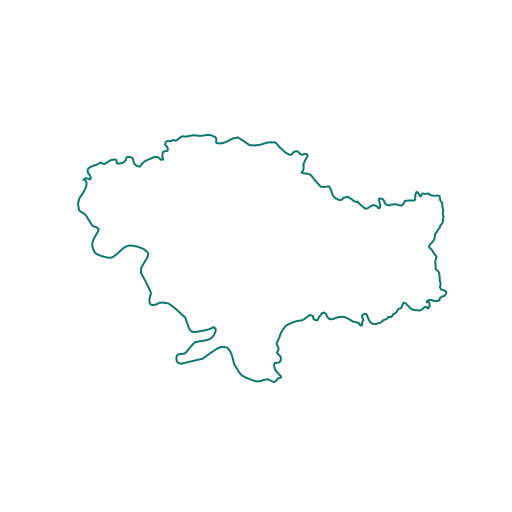 outline of Mashaleng, Mohale's Hoek, Lesotho, rotated 114°
{"feature_id": "5366337B32794114479913", "entity_name": "Mashaleng", "entity_type": "district", "adm_level": 2, "iso_a3": "LSO", "parent_name": "Lesotho", "parent_adm1": "Mohale's Hoek", "projection": "robinson", "projection_center": [27.391, -30.076], "detail": "fine", "context": "isolated", "style": "outline", "palette": "teal", "viewbox_px": 512, "rotation_deg": 114, "n_neighbors": 0, "source": "geoboundaries", "source_scale": "gbopen_adm2", "svg_char_len": 6119}
<svg xmlns="http://www.w3.org/2000/svg" viewBox="0 0 512 512"><g transform="rotate(114 256 256)"><path d="M222.1,70.5L219.5,70.8L217.5,69.5L215.8,67.6L212.6,67.0L211.0,68.0L211.0,70.7L211.3,73.2L209.7,75.3L207.2,75.8L205.5,76.4L204.1,77.9L199.0,80.5L196.6,82.1L195.4,84.5L194.8,86.7L191.6,88.0L188.4,90.0L183.3,90.7L180.7,95.3L178.9,97.8L177.6,101.4L175.4,102.0L173.1,101.0L169.4,100.0L167.6,100.0L162.8,101.4L161.2,100.6L159.4,100.6L155.0,99.7L153.3,100.0L151.8,99.5L149.4,99.1L143.9,100.7L140.7,103.0L138.5,103.3L134.3,106.3L131.8,107.4L131.4,108.6L130.3,110.2L126.6,112.7L126.9,114.7L128.2,116.9L129.3,120.8L129.4,122.2L128.8,123.7L128.9,124.3L130.3,125.8L130.8,128.4L131.2,129.2L132.2,129.7L134.4,129.7L134.7,130.1L134.6,130.7L132.8,132.7L132.0,134.8L132.6,135.5L135.1,135.2L135.5,135.4L135.9,135.0L139.9,133.6L140.3,133.7L140.7,133.9L141.3,134.7L142.1,136.8L143.5,139.7L145.0,142.0L145.7,142.5L146.4,142.3L149.1,142.7L149.9,142.9L150.5,143.3L151.1,144.8L151.8,148.1L151.7,148.7L151.8,149.4L154.4,153.8L155.3,154.5L155.7,155.3L156.0,156.9L155.5,159.7L154.7,160.6L154.1,160.7L153.2,161.9L152.7,163.0L152.6,164.2L152.8,165.4L153.3,166.6L153.5,166.9L154.3,166.8L154.7,166.6L158.9,163.1L161.5,162.5L162.2,162.8L162.5,163.9L161.9,164.6L161.4,166.0L161.6,169.1L161.8,169.7L163.6,171.2L166.8,173.3L168.1,174.9L168.2,176.1L167.5,178.6L165.9,183.8L165.2,184.5L165.0,185.3L165.6,185.8L165.9,186.5L165.9,187.4L165.8,189.8L165.0,192.7L165.0,194.3L164.5,195.2L164.6,196.2L165.0,196.3L165.3,197.0L167.3,199.9L169.3,200.3L169.8,200.6L170.9,202.5L170.9,206.7L170.1,209.3L169.6,210.1L166.8,213.0L164.9,214.5L164.8,215.0L164.5,215.4L163.1,216.7L162.9,217.5L163.1,218.3L165.2,221.8L165.7,222.9L166.1,224.1L166.2,225.1L165.9,226.1L164.0,230.5L162.9,232.9L160.4,237.4L159.6,239.4L159.7,241.9L161.3,246.8L161.2,248.2L158.5,247.7L155.8,248.5L153.0,250.0L147.6,250.0L144.4,249.6L142.7,250.0L142.4,251.0L142.7,252.4L143.5,253.6L144.5,254.6L144.9,255.9L144.7,257.3L143.9,258.9L143.6,260.6L144.1,262.2L145.4,263.6L149.0,264.9L149.9,266.6L149.6,270.9L147.0,278.9L144.6,283.5L144.6,285.2L147.4,291.3L152.9,297.8L155.3,301.7L157.4,307.0L156.1,313.5L155.0,320.7L158.1,325.0L163.0,328.9L166.1,331.9L168.1,335.2L168.8,338.0L168.0,338.9L165.4,339.7L164.6,340.3L163.9,341.8L164.0,346.6L165.5,350.3L167.0,352.3L169.2,356.3L170.4,360.3L171.6,363.1L175.6,368.8L176.3,371.4L176.9,372.2L177.5,372.4L178.7,373.6L182.7,375.5L183.2,376.1L183.5,376.6L183.5,378.4L183.8,379.0L185.7,380.3L186.7,383.2L187.4,384.1L189.0,384.9L190.5,384.3L191.2,384.3L191.7,383.8L191.9,382.7L192.5,381.6L193.8,380.3L195.4,379.6L196.2,380.0L197.1,381.7L198.9,383.2L200.1,383.1L201.3,382.8L203.8,381.7L204.5,381.1L204.9,380.6L205.4,380.3L206.1,380.6L206.2,381.3L206.7,382.1L205.6,386.0L206.8,389.0L213.9,395.6L218.1,397.8L221.3,398.2L222.0,399.8L222.0,402.7L220.9,405.3L217.5,407.6L217.0,408.7L216.7,410.0L217.0,411.9L217.4,412.9L218.4,414.3L221.3,414.1L222.8,414.5L224.8,415.4L226.3,417.1L227.9,420.2L227.9,420.8L226.0,422.0L225.2,422.7L225.2,423.9L225.9,425.3L227.2,427.3L230.3,429.7L232.9,431.2L233.6,431.9L233.9,432.7L233.8,435.7L234.3,436.5L237.5,438.7L240.4,442.1L243.0,444.2L245.8,445.0L248.5,443.1L249.8,440.8L251.8,438.5L253.6,439.1L253.8,442.1L254.7,443.7L256.4,444.4L256.3,443.3L256.6,442.2L257.7,440.8L260.9,439.5L264.3,439.3L267.7,439.6L275.4,440.8L279.7,440.1L281.6,439.3L284.9,437.2L286.2,436.0L286.8,434.2L287.1,431.5L287.9,428.1L294.7,418.3L295.0,415.7L294.7,412.4L295.6,410.5L298.4,410.3L304.7,411.1L308.1,411.1L310.7,410.7L312.0,410.3L314.3,409.0L316.9,406.6L318.2,404.7L318.7,403.5L319.0,402.1L319.0,398.6L318.6,394.9L318.1,392.3L317.4,389.6L316.4,387.6L314.9,386.2L311.2,384.1L302.9,380.4L300.3,378.6L298.3,376.5L297.0,373.7L295.6,367.7L295.3,361.6L296.4,357.3L297.5,355.7L299.3,354.8L300.9,354.7L313.1,356.0L315.6,355.5L318.3,354.2L324.3,346.3L330.8,338.5L332.2,337.2L334.1,336.5L337.8,336.0L341.6,334.6L343.1,332.8L342.9,330.6L341.8,328.6L339.9,326.6L338.1,325.3L336.3,321.8L334.9,316.4L336.8,308.4L341.0,295.6L348.7,288.4L350.3,286.5L351.1,284.3L350.9,282.5L350.2,280.7L346.5,274.8L342.5,269.6L339.9,267.1L338.9,266.4L338.2,265.4L338.9,263.6L340.5,262.4L345.1,262.2L347.9,262.9L350.7,264.4L353.9,268.2L356.6,272.6L359.6,276.6L363.7,278.3L372.9,280.8L374.4,281.9L375.4,283.4L376.6,285.8L377.8,287.1L379.5,287.8L381.6,287.2L383.3,286.3L384.8,285.1L385.4,283.0L384.8,280.5L371.6,263.1L363.1,258.1L355.3,253.1L353.5,251.0L352.2,248.7L351.7,246.7L351.6,244.6L353.1,241.3L356.8,237.4L364.0,231.7L369.6,223.2L370.9,220.2L371.2,216.1L371.0,210.3L370.8,207.2L370.2,204.4L369.3,202.2L368.1,200.6L366.5,199.0L363.9,195.3L363.8,193.0L364.0,188.3L361.6,186.6L359.5,186.6L357.4,184.2L356.6,183.8L355.7,184.4L355.0,186.5L353.1,190.5L351.8,192.5L350.2,193.9L348.4,195.1L347.0,195.3L345.7,195.0L345.2,193.6L344.2,191.9L343.0,191.2L342.0,191.0L340.3,191.3L338.1,192.5L337.3,193.8L336.4,196.9L335.6,197.5L334.1,197.4L331.8,197.5L330.6,198.4L329.5,199.5L328.9,200.6L327.3,201.5L325.7,201.7L320.6,201.5L317.7,201.9L313.9,201.8L307.9,200.4L305.9,199.2L301.0,194.8L298.1,191.1L296.2,188.0L294.2,186.3L288.0,183.0L287.7,179.4L288.0,179.0L289.9,178.2L290.4,176.8L290.1,174.3L289.2,173.5L285.6,173.7L284.3,172.9L282.1,172.8L281.0,172.2L279.9,170.6L280.6,168.1L282.3,166.8L283.8,163.2L282.7,160.5L278.4,156.0L276.6,152.9L275.8,150.5L275.8,145.3L276.5,140.7L275.8,138.2L275.5,134.2L276.8,133.4L276.9,132.5L276.7,131.5L276.1,131.1L275.6,131.2L274.2,131.9L272.9,132.1L271.0,131.9L269.8,132.7L269.1,133.8L268.0,134.6L267.2,134.8L266.3,134.6L265.3,133.8L264.4,132.8L264.2,131.9L264.7,130.8L266.6,129.0L269.9,125.0L270.3,123.3L270.4,121.6L269.8,119.5L266.1,115.0L262.5,113.3L261.1,111.6L260.3,111.0L257.7,110.2L256.9,108.0L255.5,107.1L253.1,107.0L251.4,105.1L249.0,104.7L247.3,104.7L246.1,103.9L245.4,103.0L244.2,102.1L242.3,102.4L239.6,102.3L238.8,102.2L238.6,101.7L238.5,100.3L238.6,99.5L241.3,92.6L241.1,89.8L239.1,84.0L237.6,82.8L234.2,81.3L233.5,80.1L233.3,79.0L234.0,78.0L233.4,77.2L230.8,77.0L229.6,77.9L228.4,78.3L228.0,79.1L228.7,80.9L228.7,81.3L227.7,81.5L227.3,81.4L225.1,79.1L224.8,76.3L224.3,74.9L224.1,73.7L222.1,70.5Z" fill="none" stroke="#0f766e" stroke-width="2"/></g></svg>